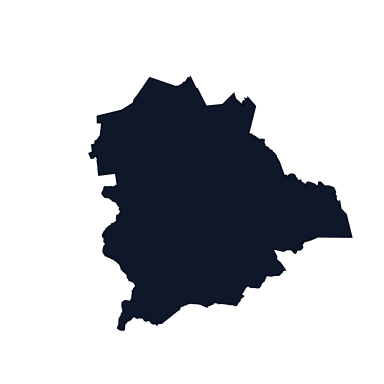 outline of Taupo District, Waikato, New Zealand, rotated 243°
{"feature_id": "76426892B49452595685205", "entity_name": "Taupo District", "entity_type": "district", "adm_level": 2, "iso_a3": "NZL", "parent_name": "New Zealand", "parent_adm1": "Waikato", "projection": "natural_earth1", "projection_center": [175.983, -38.801], "detail": "fine", "context": "isolated", "style": "filled", "palette": "ink", "viewbox_px": 384, "rotation_deg": 243, "n_neighbors": 0, "source": "geoboundaries", "source_scale": "gbopen_adm2", "svg_char_len": 5884}
<svg xmlns="http://www.w3.org/2000/svg" viewBox="0 0 384 384"><g transform="rotate(243 192 192)"><path d="M88.9,105.2L93.1,125.5L92.9,126.6L93.6,128.1L95.3,128.4L95.0,129.8L95.3,131.5L94.6,131.9L94.9,132.9L94.8,134.3L94.4,135.4L94.4,138.5L93.6,139.5L93.6,140.8L92.2,142.4L90.7,145.3L87.8,149.4L86.1,150.2L85.7,150.9L84.8,151.3L84.1,152.4L83.3,152.7L82.8,153.4L83.5,154.1L83.2,155.0L83.3,156.0L82.9,156.8L83.4,157.4L83.1,158.6L82.7,159.2L82.8,159.7L83.1,159.7L83.3,160.3L83.8,160.5L83.5,161.6L82.2,163.8L81.2,164.8L80.5,165.1L80.2,166.6L79.1,168.1L79.1,168.6L74.3,175.2L73.3,177.4L72.1,178.0L72.0,179.1L71.1,179.3L71.1,180.5L71.4,181.4L72.8,182.5L72.9,184.2L73.5,185.5L74.5,185.8L74.9,186.5L75.8,190.6L78.2,189.1L78.6,189.4L80.3,192.8L82.6,196.1L83.1,197.8L83.1,199.8L81.6,200.3L79.9,201.8L79.7,203.0L76.8,207.2L76.5,208.4L77.4,210.5L78.6,211.6L79.7,213.4L79.9,215.6L83.1,219.2L83.7,220.2L83.7,220.7L82.9,222.2L81.7,223.6L80.9,225.2L80.6,227.4L78.4,231.8L79.8,236.1L81.2,235.1L81.6,235.5L80.7,236.1L80.8,237.3L80.2,239.7L89.1,238.4L93.3,236.4L96.3,238.1L104.6,237.9L102.7,240.8L97.7,246.8L97.7,250.3L96.2,253.3L95.2,254.7L94.3,255.6L94.4,254.8L91.6,255.5L90.6,256.1L90.9,257.2L91.6,257.9L92.9,258.4L92.7,259.4L92.3,259.5L92.1,260.6L91.4,262.3L91.7,264.3L92.4,265.4L92.8,265.5L93.2,265.1L93.9,265.5L94.3,265.5L94.5,265.9L95.1,265.8L95.5,266.2L96.0,268.0L96.5,267.9L97.2,268.7L97.7,268.7L97.3,269.4L96.6,269.8L95.5,276.2L95.0,283.7L79.3,313.8L102.1,319.1L109.4,316.9L116.8,319.3L116.8,318.0L119.0,316.8L121.8,317.7L122.7,318.6L124.8,318.2L125.5,318.5L127.0,319.9L131.5,320.0L134.7,317.1L135.7,315.6L136.2,314.0L137.6,312.4L141.7,311.3L142.8,310.5L143.0,309.4L140.5,307.6L140.1,305.7L140.9,305.7L143.7,304.3L146.4,301.8L146.6,301.3L147.9,300.4L148.0,299.8L147.9,297.9L146.9,297.2L146.5,295.8L149.0,295.4L150.1,294.3L151.5,293.9L153.3,294.0L153.2,292.0L153.7,291.7L158.6,291.0L159.6,291.2L160.7,290.9L161.6,290.3L162.6,289.0L163.2,286.8L162.4,284.7L162.5,284.0L164.0,283.5L164.9,281.5L178.9,283.3L185.7,283.0L186.0,283.4L186.4,283.4L189.5,282.7L190.9,281.8L192.7,282.0L193.6,280.8L194.5,280.3L197.4,279.7L197.6,278.9L198.5,278.7L198.8,278.1L199.9,277.5L201.5,278.5L203.1,278.0L204.2,279.0L205.9,280.0L207.7,277.3L207.2,276.3L207.7,275.5L208.5,275.5L210.1,274.8L210.3,274.2L212.4,273.6L212.5,273.3L213.2,273.1L215.2,271.4L216.1,271.5L216.2,270.8L216.6,270.9L217.3,269.8L217.6,268.2L239.6,287.4L250.8,284.6L250.3,284.1L249.9,283.1L251.1,281.8L249.7,281.9L249.5,281.1L249.0,280.6L249.0,280.1L249.6,279.5L249.1,279.2L249.2,278.2L248.1,277.5L247.6,277.7L247.3,278.5L246.8,277.4L246.4,277.2L245.7,277.4L245.6,277.1L246.1,276.6L255.2,272.9L260.7,274.0L255.9,259.0L261.9,243.5L282.0,243.6L281.2,243.2L281.1,242.8L280.7,242.9L280.7,242.5L295.0,242.7L294.5,242.1L295.5,240.3L295.3,239.8L294.7,239.9L294.0,239.4L293.9,239.2L294.2,239.0L294.0,238.7L294.1,238.1L293.2,237.8L293.4,237.2L292.8,237.0L293.1,236.0L292.6,235.3L293.3,234.5L293.4,234.1L292.8,233.7L292.8,233.3L292.5,233.3L292.2,232.7L292.4,232.3L292.2,232.2L292.4,231.9L292.1,231.2L292.5,229.5L292.3,228.1L292.7,226.6L292.5,226.4L292.8,226.3L292.5,226.0L312.9,206.2L302.8,187.5L300.6,182.5L297.9,180.2L296.6,166.6L302.5,142.1L296.7,139.3L296.6,140.0L295.5,141.3L295.5,142.5L294.4,142.6L294.2,142.9L283.2,135.7L283.4,134.9L281.7,132.4L281.9,132.1L280.9,130.4L281.4,128.9L280.0,128.4L278.6,126.4L279.4,124.0L273.1,121.8L272.9,120.9L273.0,117.8L267.7,117.6L267.3,119.4L267.9,122.2L267.7,123.5L266.1,122.9L264.3,123.1L263.3,122.0L256.9,119.8L255.5,119.0L249.3,116.7L243.6,132.6L231.9,128.6L231.4,128.1L232.3,127.0L231.1,124.6L232.3,124.3L232.0,123.7L233.8,121.9L233.7,120.9L235.3,118.4L235.1,117.1L236.2,116.9L235.8,115.6L235.4,115.6L234.8,116.2L234.6,114.6L233.4,114.4L233.2,113.0L231.8,111.3L231.2,112.2L230.7,112.0L230.4,111.2L228.8,111.4L226.7,112.2L225.3,114.8L224.5,115.5L224.2,116.4L223.3,116.0L222.2,117.1L220.4,117.2L219.7,117.7L219.2,118.6L217.5,119.7L216.9,120.7L216.5,120.7L215.7,119.9L213.6,120.1L212.8,120.3L211.5,121.3L210.3,120.0L209.3,119.4L207.2,120.0L206.4,119.7L206.0,118.2L205.3,117.3L204.8,116.0L205.2,114.5L202.7,112.8L201.6,113.2L201.5,112.5L200.2,111.7L199.6,108.8L199.7,107.4L200.0,106.3L199.9,105.7L199.2,105.2L198.9,104.4L199.1,102.5L198.7,101.0L198.1,100.1L198.4,99.8L198.5,99.4L197.0,97.7L196.6,96.0L194.3,92.8L192.8,92.2L191.6,92.8L189.8,92.5L188.8,92.0L187.9,91.1L186.9,91.6L185.0,91.4L184.0,90.8L183.9,89.6L182.9,88.4L182.5,88.6L182.0,87.7L180.8,86.7L178.6,85.6L174.6,85.9L174.8,86.7L174.2,86.6L173.6,87.2L172.7,87.4L170.3,89.8L169.4,90.0L168.2,91.0L168.5,91.7L168.3,92.2L166.8,92.3L166.4,92.1L165.4,93.1L164.7,93.1L164.3,93.4L161.8,94.2L161.3,94.8L157.6,94.7L155.7,94.1L152.4,94.9L150.1,96.1L149.3,96.1L148.5,97.0L145.2,95.8L142.3,96.3L141.7,95.9L140.7,97.0L140.2,98.0L139.8,97.9L137.9,99.3L134.7,99.5L132.9,98.6L132.8,97.5L132.2,97.1L132.4,96.5L132.1,96.0L131.2,95.5L130.6,94.9L131.0,94.2L130.1,93.5L129.8,93.8L129.2,93.5L126.1,91.0L124.3,90.5L123.9,89.1L123.3,88.9L123.0,88.3L122.5,88.2L122.5,87.3L123.0,86.5L125.4,83.3L125.5,81.0L124.8,79.6L123.7,78.7L121.9,77.9L120.4,77.4L118.3,77.3L117.8,77.1L117.7,76.5L116.1,76.3L116.0,75.2L115.5,74.1L113.2,72.1L113.1,71.3L111.7,69.4L106.4,66.4L106.2,65.6L105.7,65.4L104.7,64.1L104.4,64.0L103.6,64.6L102.9,64.6L103.0,65.3L102.5,65.8L101.8,65.6L101.6,66.4L101.1,66.3L100.0,68.7L100.2,69.2L101.0,69.5L101.5,70.1L103.6,70.8L103.8,71.7L105.1,72.2L105.9,72.1L105.9,73.2L105.4,73.6L105.5,74.5L106.3,75.1L106.7,75.9L106.0,77.1L106.4,77.6L106.1,79.6L106.8,80.1L106.9,80.5L107.5,80.7L107.4,81.2L107.7,81.3L107.1,82.2L108.0,84.0L107.3,84.6L105.8,84.8L105.5,85.5L105.1,85.4L104.8,85.7L104.3,86.4L104.0,88.7L103.1,89.3L102.5,90.6L101.3,91.4L99.9,91.3L98.6,91.8L97.7,92.8L97.8,94.0L97.4,95.0L96.0,96.2L95.2,96.5L94.0,96.3L92.4,97.3L91.1,99.9L89.9,100.2L90.1,100.3L89.8,101.0L90.0,101.6L90.3,101.9L90.8,101.8L88.9,105.2Z" fill="#0f172a" stroke="#020617" stroke-width="1.5"/></g></svg>